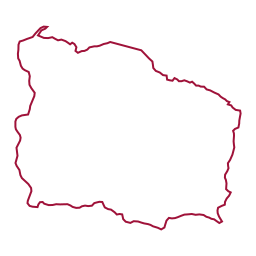 outline of Palmital, São Paulo, Brazil, rotated 90°
{"feature_id": "56859067B2487555723980", "entity_name": "Palmital", "entity_type": "district", "adm_level": 2, "iso_a3": "BRA", "parent_name": "Brazil", "parent_adm1": "São Paulo", "projection": "albers", "projection_center": [-50.219, -22.821], "detail": "fine", "context": "isolated", "style": "outline", "palette": "rose", "viewbox_px": 256, "rotation_deg": 90, "n_neighbors": 0, "source": "geoboundaries", "source_scale": "gbopen_adm2", "svg_char_len": 2616}
<svg xmlns="http://www.w3.org/2000/svg" viewBox="0 0 256 256"><g transform="rotate(90 128 128)"><path d="M26.9,208.9L26.6,212.3L28.1,215.5L30.2,217.5L33.4,220.5L37.0,223.4L38.9,228.9L40.5,232.9L41.5,236.3L44.7,237.5L49.7,237.6L53.8,238.1L58.4,237.8L60.8,236.4L65.8,235.1L68.6,233.4L70.1,231.3L72.0,227.3L76.2,226.2L80.9,226.8L84.8,226.5L88.1,224.7L92.8,221.3L96.1,221.7L106.0,225.8L109.1,226.2L114.5,227.9L115.4,234.1L116.8,237.3L118.9,239.7L121.5,240.6L126.9,240.6L129.3,240.1L131.9,238.4L135.0,236.1L137.7,235.4L140.6,235.9L147.7,239.5L155.8,238.5L163.0,240.5L165.8,239.4L170.0,236.6L175.1,235.6L178.1,234.1L184.0,227.7L188.0,224.9L191.2,224.6L200.8,228.2L203.2,228.5L205.9,226.4L206.7,223.4L207.1,218.5L204.4,217.6L202.2,216.0L202.0,213.4L203.7,211.8L205.1,207.3L205.0,203.4L204.2,199.8L204.4,195.9L204.3,192.8L204.2,188.5L205.5,185.5L206.9,183.4L207.9,179.8L207.7,176.4L206.3,174.1L205.6,171.0L206.1,167.8L205.7,164.1L203.1,161.7L202.4,159.1L201.8,156.6L202.0,153.7L204.9,152.4L207.4,151.2L209.1,147.9L209.6,145.0L212.3,141.3L214.5,139.2L214.0,136.4L214.4,133.8L219.1,132.8L221.7,130.3L222.9,125.6L221.2,122.3L221.5,117.9L222.6,114.6L223.4,111.9L224.1,108.0L224.9,105.5L226.3,103.0L227.8,98.1L229.4,94.8L227.5,91.6L224.4,90.7L220.6,89.5L217.9,87.1L218.4,84.1L218.1,81.0L217.2,78.3L215.8,74.9L214.6,71.6L214.4,68.5L214.0,64.2L214.8,60.4L214.4,56.7L215.0,52.4L216.8,49.6L217.6,46.8L218.8,44.6L219.3,41.9L220.9,39.7L223.0,36.7L221.5,34.0L216.5,37.0L213.2,38.3L210.4,38.5L207.7,37.9L205.8,34.1L204.7,31.2L201.9,31.0L198.5,29.3L195.7,26.9L192.4,25.3L191.3,27.6L189.1,29.9L183.4,29.5L180.0,30.1L177.7,31.1L174.7,30.9L171.1,28.7L168.2,27.5L165.9,27.9L163.2,28.1L159.9,25.9L157.6,24.9L154.7,23.6L150.9,22.6L147.4,21.7L144.4,22.1L141.3,22.4L138.5,22.2L135.8,22.0L133.3,22.1L130.8,22.9L128.9,21.0L127.5,17.6L123.5,16.8L120.6,16.7L116.1,15.9L113.5,15.4L110.6,15.9L109.9,20.3L107.5,23.4L105.4,24.8L104.4,28.1L102.1,26.6L101.1,29.1L99.4,30.8L98.1,33.2L96.6,35.4L94.4,37.5L92.6,41.6L90.4,45.8L89.4,49.4L86.7,51.9L86.6,55.2L85.6,57.4L85.6,59.9L83.4,62.0L81.7,63.9L82.6,66.1L81.3,68.9L80.3,71.7L81.2,74.5L81.2,77.1L79.5,78.7L78.1,81.5L80.7,83.5L80.3,86.2L79.6,88.9L75.6,89.4L75.1,93.0L72.5,96.2L70.9,100.2L68.0,102.7L64.7,103.1L61.5,103.6L58.4,107.0L50.3,114.7L42.0,145.8L43.2,148.6L44.0,152.3L45.7,156.3L46.3,158.9L46.3,161.6L47.4,166.6L49.6,168.7L50.9,171.5L51.1,174.3L52.8,178.1L50.9,180.5L47.2,179.6L44.0,181.6L42.7,183.8L44.3,185.9L42.7,188.1L41.1,190.5L39.6,194.6L40.3,198.0L38.8,200.9L37.2,203.7L38.1,207.9L37.9,212.2L35.4,218.0L30.4,214.6L28.6,210.6L26.9,208.9Z" fill="none" stroke="#9f1239" stroke-width="2"/></g></svg>